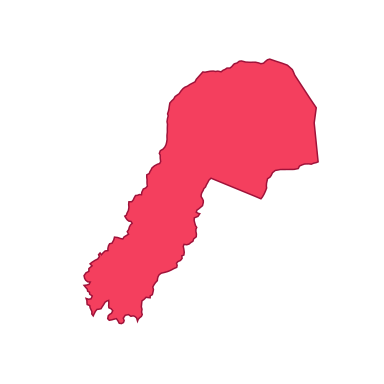 Belo Campo, Bahia, Brazil, rotated 221°
{"feature_id": "56859067B86172469264415", "entity_name": "Belo Campo", "entity_type": "district", "adm_level": 2, "iso_a3": "BRA", "parent_name": "Brazil", "parent_adm1": "Bahia", "projection": "mercator", "projection_center": [-41.2, -14.961], "detail": "fine", "context": "isolated", "style": "filled", "palette": "rose", "viewbox_px": 384, "rotation_deg": 221, "n_neighbors": 0, "source": "geoboundaries", "source_scale": "gbopen_adm2", "svg_char_len": 3742}
<svg xmlns="http://www.w3.org/2000/svg" viewBox="0 0 384 384"><g transform="rotate(221 192 192)"><path d="M185.3,33.7L185.8,35.4L186.6,38.6L186.7,41.0L185.3,42.6L184.1,44.2L184.5,46.6L184.8,49.1L185.3,51.8L184.7,53.9L183.8,55.5L182.0,53.7L180.4,51.6L178.8,50.1L176.4,50.8L173.9,50.4L173.2,47.6L173.9,45.5L174.0,43.6L172.5,41.1L170.3,40.9L168.6,43.0L167.1,45.3L166.0,46.8L163.7,46.3L160.8,45.2L158.9,46.4L158.1,48.5L158.8,50.4L161.1,51.7L161.5,55.2L159.5,57.8L156.6,58.1L155.1,60.0L153.4,60.6L151.2,60.6L148.4,58.8L149.1,60.7L149.0,62.8L148.6,64.9L149.1,66.8L151.3,68.3L152.8,70.7L154.9,72.1L156.6,74.5L158.3,76.9L157.7,79.9L157.6,82.4L156.0,83.4L154.2,84.7L155.4,86.2L154.6,88.5L155.7,90.7L157.0,93.0L159.3,94.6L159.8,97.0L160.1,99.5L160.0,102.3L161.3,104.2L162.1,105.9L162.5,108.1L161.9,110.6L160.1,113.1L158.5,115.5L157.5,117.3L156.5,119.5L155.4,122.4L154.1,125.1L155.1,126.9L157.0,128.1L157.0,130.2L155.8,132.8L155.9,135.4L157.8,137.1L156.8,139.1L158.3,141.4L160.8,143.6L162.9,145.2L163.7,147.2L161.4,148.7L160.1,150.7L159.7,153.2L159.0,155.4L160.0,157.7L159.4,161.0L161.1,163.2L163.2,164.8L164.6,166.5L165.2,168.4L167.2,168.9L169.4,170.3L171.7,171.9L173.3,174.0L171.5,177.5L171.9,180.7L173.6,179.9L175.5,179.5L176.4,181.7L175.9,183.5L175.5,185.9L175.1,188.6L176.6,191.5L177.8,192.9L180.0,193.9L182.1,194.5L183.2,195.9L184.1,197.8L184.6,200.4L185.3,202.3L185.1,204.7L185.8,206.7L186.4,209.7L187.0,212.0L186.7,214.9L142.3,229.9L135.5,232.1L135.6,234.4L136.2,237.6L137.1,240.7L138.3,244.0L139.8,245.3L141.5,247.5L143.7,251.6L142.9,254.3L143.1,256.5L143.9,259.3L143.3,262.9L141.5,265.1L140.2,266.8L129.8,276.0L127.2,279.4L127.9,282.1L126.7,284.7L125.4,287.0L122.5,289.7L120.2,291.3L119.1,293.5L117.5,295.7L116.6,297.5L145.1,324.3L153.5,337.1L164.7,340.1L191.2,347.6L194.3,349.2L196.6,350.2L203.2,350.3L208.5,348.3L214.6,345.7L220.5,343.3L221.8,341.3L222.3,338.5L222.5,336.1L224.2,334.0L226.3,333.2L229.1,331.7L231.2,329.9L233.0,328.2L235.3,326.4L236.7,325.3L238.8,324.3L240.7,323.3L242.1,321.7L242.7,318.8L244.2,316.5L244.3,314.6L244.2,312.8L244.7,310.4L246.9,308.5L247.5,306.2L248.4,304.3L248.9,301.8L251.8,300.2L253.3,298.4L255.2,297.3L257.6,295.0L259.5,292.6L260.8,290.9L262.6,289.7L262.7,279.9L262.0,277.1L263.2,274.1L264.1,271.8L264.9,268.8L266.1,266.5L266.6,264.2L266.6,261.2L266.2,257.7L266.9,255.0L267.4,252.9L266.8,250.1L267.1,247.5L267.1,244.6L265.3,241.7L263.7,239.2L262.7,237.3L261.7,234.9L259.9,233.9L258.8,231.5L257.0,228.7L255.0,227.1L252.7,224.2L249.9,221.0L248.1,218.4L246.7,216.8L245.3,215.3L243.9,213.1L242.7,210.8L242.0,208.1L242.0,205.4L243.0,202.4L242.0,199.7L240.2,199.0L238.1,196.6L235.6,194.4L235.1,192.2L236.3,190.3L237.5,187.1L238.0,184.0L237.4,181.7L237.1,179.8L236.4,177.8L237.4,175.3L236.0,173.6L233.9,171.7L232.6,170.1L231.2,168.6L229.5,167.1L229.6,164.6L230.7,162.3L229.7,158.8L228.3,156.8L230.1,155.5L231.0,153.7L232.3,152.3L231.9,150.1L231.1,147.3L231.1,145.1L233.2,143.2L231.6,141.0L229.6,139.1L227.9,136.3L227.1,133.2L226.3,131.4L226.9,129.7L225.2,129.1L222.7,128.5L220.6,128.6L218.7,129.8L216.6,129.1L216.8,126.8L216.3,124.5L215.1,122.0L214.9,119.6L212.2,118.5L212.9,116.3L213.8,113.5L213.4,111.2L215.4,110.0L218.2,108.9L220.9,107.1L219.6,104.5L218.8,100.9L220.2,98.9L219.8,96.8L218.5,94.3L217.0,92.6L218.9,90.5L219.2,87.8L219.2,85.2L221.4,85.7L221.4,83.4L219.5,82.5L219.2,79.6L220.4,76.7L221.4,73.2L221.8,70.9L219.0,70.7L219.6,66.6L217.8,64.4L219.0,61.4L218.6,58.0L216.4,56.4L214.4,55.7L211.7,55.8L209.7,57.3L209.1,54.8L210.4,52.7L212.2,50.7L209.3,50.2L207.4,50.0L205.7,48.7L203.6,49.1L202.2,47.8L199.1,48.1L198.1,45.2L199.7,43.2L202.1,42.2L200.1,41.1L198.6,39.5L197.3,38.3L194.7,39.2L192.8,37.7L190.9,36.9L189.0,36.0L187.6,34.2L185.3,33.7Z" fill="#f43f5e" stroke="#9f1239" stroke-width="1.5"/></g></svg>